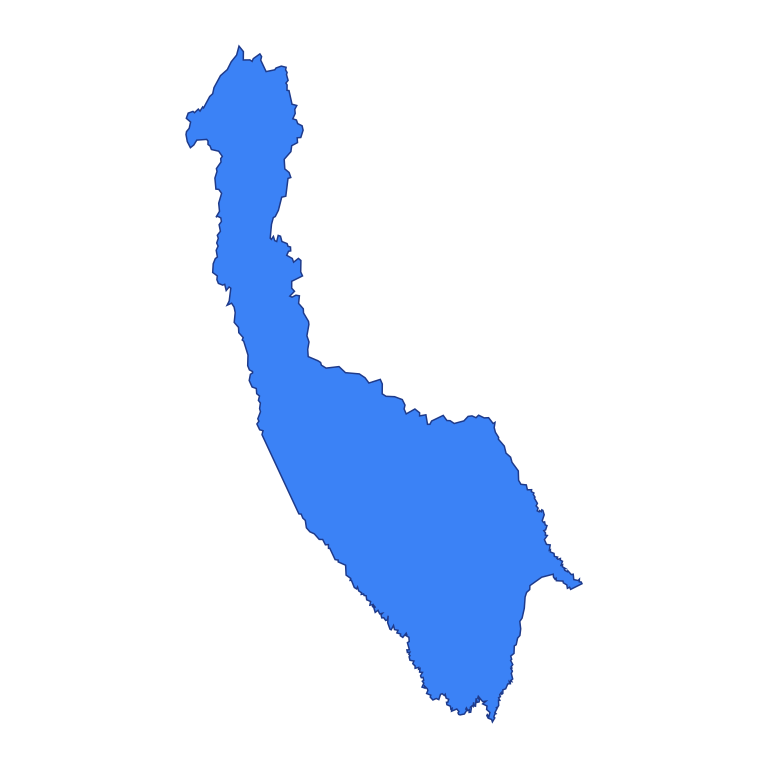 outline of San Vicente Del Caguán, Caquetá, Colombia
{"feature_id": "7082276B18611822799653", "entity_name": "San Vicente Del Caguán", "entity_type": "district", "adm_level": 2, "iso_a3": "COL", "parent_name": "Colombia", "parent_adm1": "Caquetá", "projection": "equal_earth", "projection_center": [-74.217, 1.75], "detail": "fine", "context": "isolated", "style": "filled", "palette": "blue", "viewbox_px": 768, "rotation_deg": 0, "n_neighbors": 0, "source": "geoboundaries", "source_scale": "gbopen_adm2", "svg_char_len": 6091}
<svg xmlns="http://www.w3.org/2000/svg" viewBox="0 0 768 768"><path d="M188.2,113.1L186.3,118.3L190.6,122.0L189.2,128.3L186.5,131.6L186.0,134.6L187.3,141.6L190.4,147.7L193.8,145.0L196.8,140.1L206.7,139.4L208.0,141.0L208.0,144.5L210.0,145.9L211.4,149.5L218.7,151.2L222.3,156.4L220.7,158.6L221.0,162.0L216.4,168.6L217.0,171.4L214.9,178.1L215.9,189.1L218.8,189.4L221.6,193.3L218.7,203.2L219.5,211.3L216.0,217.2L217.5,216.2L220.8,217.9L221.4,221.5L219.1,224.7L220.4,231.3L217.3,235.3L218.3,238.3L216.7,243.0L218.1,246.1L216.2,250.3L217.4,257.0L215.3,258.6L213.2,263.8L212.7,272.5L217.3,275.9L216.9,279.7L218.4,283.4L222.7,285.1L224.7,284.3L226.2,290.5L229.1,287.0L230.8,288.2L229.2,301.0L227.1,305.2L231.6,303.2L234.1,307.1L235.2,312.6L234.2,322.4L238.5,327.4L238.8,332.7L243.2,337.6L242.2,340.0L243.7,341.2L248.0,355.1L247.7,365.7L249.4,369.9L252.5,371.5L252.6,372.9L250.4,374.3L249.2,380.5L252.1,387.0L256.3,388.5L256.7,393.7L259.5,396.0L258.4,400.4L260.4,403.0L259.6,408.6L260.5,411.7L257.8,418.8L258.9,421.2L256.9,424.0L259.7,429.8L263.0,430.7L262.0,434.7L298.9,513.9L301.2,514.1L302.8,518.1L305.3,520.4L306.4,527.8L309.9,531.8L314.3,533.8L319.2,539.4L322.7,539.5L325.4,544.8L328.4,544.6L328.5,548.3L329.8,548.3L335.1,559.6L338.2,560.1L338.2,561.9L345.6,565.2L346.1,575.1L350.7,578.4L350.1,580.4L351.4,580.3L354.3,587.5L356.6,588.9L357.5,587.0L358.7,590.9L361.6,592.8L361.2,594.4L363.6,594.0L364.1,595.5L366.1,595.7L366.7,599.8L370.6,601.5L369.9,605.2L373.0,604.6L372.5,606.6L373.8,607.4L373.7,605.4L375.1,607.1L373.9,608.0L375.2,612.4L378.0,610.3L379.7,613.9L382.4,613.3L381.0,614.8L381.8,617.9L383.7,617.7L385.7,620.5L387.5,619.8L388.2,615.7L387.7,622.8L390.0,629.2L391.2,629.8L393.5,625.5L394.5,629.6L398.0,630.3L396.9,632.9L400.6,634.0L400.3,635.7L402.8,637.4L406.2,633.2L406.8,634.8L405.8,635.5L408.9,637.3L409.2,641.5L407.4,642.7L409.4,649.8L406.9,649.9L407.4,652.5L409.9,652.2L408.8,654.2L410.0,655.7L409.1,656.8L410.0,660.3L413.9,661.0L412.8,663.7L415.1,666.0L415.1,668.3L418.7,667.4L418.6,669.2L420.0,668.5L419.6,672.1L422.5,672.4L420.5,675.8L421.3,677.7L423.1,677.4L423.7,680.3L422.3,681.2L423.8,683.1L422.0,687.1L424.9,688.1L424.6,686.1L427.3,688.8L427.9,690.4L426.6,693.5L430.8,695.2L430.2,697.1L432.9,700.0L436.2,698.5L438.8,699.6L440.5,694.4L442.2,693.7L444.3,695.5L445.2,694.3L446.1,698.1L448.7,699.3L447.8,702.2L446.5,702.3L446.9,704.7L450.4,706.2L450.9,709.3L452.1,708.5L451.6,711.2L456.8,709.0L458.9,711.5L458.0,712.9L458.7,714.4L460.1,714.9L464.4,714.0L467.0,709.9L465.8,709.1L466.4,707.9L467.9,710.6L469.3,709.6L469.1,712.4L470.7,712.2L471.4,707.8L470.5,707.2L472.2,705.7L473.1,706.5L473.6,702.3L474.2,705.9L475.5,706.2L476.1,698.3L477.1,702.4L479.1,701.9L479.6,699.5L477.7,698.2L478.3,696.3L482.7,701.6L485.9,701.2L482.7,703.9L487.0,706.0L486.6,709.5L489.9,712.4L488.9,716.5L487.3,714.6L486.8,715.6L488.2,718.2L491.6,719.5L492.4,721.9L494.8,717.9L493.8,717.0L494.8,714.1L496.0,713.7L494.9,712.6L497.0,708.6L495.9,707.2L497.2,707.9L498.7,705.5L498.5,700.3L499.8,700.3L498.6,697.7L500.4,696.7L499.7,694.7L501.1,692.8L501.1,694.3L501.7,692.5L501.9,694.1L502.8,693.5L502.9,689.8L505.7,688.8L507.7,684.0L509.6,683.7L509.3,681.9L510.4,683.1L510.5,680.8L511.6,681.3L511.1,680.3L512.7,679.0L511.3,673.4L512.4,671.1L510.8,668.3L511.9,668.0L511.2,666.7L512.8,664.6L510.6,660.4L511.7,659.3L510.7,656.1L514.0,653.4L514.3,645.9L516.2,644.7L517.6,638.1L519.9,635.5L520.7,628.8L519.8,621.4L522.1,618.1L524.3,608.3L525.1,597.0L526.6,592.4L529.7,589.6L529.9,585.6L541.7,577.2L553.2,574.2L553.5,577.1L555.0,579.2L556.0,578.3L556.3,580.7L563.0,581.1L563.3,582.8L566.8,584.9L567.4,588.3L569.6,587.2L570.6,589.4L582.0,583.7L581.2,582.0L579.3,581.8L579.4,579.2L578.2,580.5L573.8,579.6L573.2,574.2L571.3,574.6L567.8,570.7L567.4,571.7L564.7,570.3L564.2,568.7L565.5,568.6L562.3,566.7L562.6,564.7L561.1,565.2L562.5,561.3L560.3,560.1L560.4,558.5L557.9,559.3L556.9,558.3L557.6,557.1L554.4,556.4L554.0,553.4L550.3,551.9L550.4,549.7L549.3,550.2L550.2,544.9L546.5,544.4L544.4,539.6L547.3,535.5L545.3,535.1L545.5,532.9L543.8,530.6L545.6,529.9L547.0,525.6L545.2,524.9L544.6,521.9L543.5,522.5L542.2,520.7L544.2,514.8L542.9,510.4L541.8,509.8L541.2,511.7L539.6,510.6L539.1,511.8L537.2,510.8L538.1,508.1L536.1,505.9L537.4,503.4L534.3,498.0L535.0,497.1L533.3,494.6L533.9,493.0L531.3,491.6L531.6,489.7L527.4,489.8L526.3,484.9L520.9,484.3L518.6,480.3L518.3,470.9L512.0,462.3L510.6,457.2L506.0,453.1L504.3,446.1L498.4,439.2L498.6,437.4L495.4,432.3L494.2,427.6L495.0,422.4L493.1,423.5L488.6,417.7L484.2,417.9L478.6,415.2L476.0,417.7L472.0,415.9L468.1,416.4L463.9,420.9L454.2,423.5L450.1,420.7L446.9,420.5L443.2,415.4L431.6,421.0L429.9,424.3L427.5,424.3L425.9,414.8L419.6,415.9L419.6,412.8L414.9,409.0L406.2,413.9L404.1,409.0L405.0,405.1L402.3,399.6L394.6,396.7L386.0,396.3L382.2,393.8L382.3,384.0L380.3,379.4L368.9,383.0L365.1,377.8L359.3,373.9L345.5,372.7L339.0,366.6L326.1,368.1L321.4,365.2L320.6,362.5L318.2,360.9L308.2,356.6L307.7,349.5L309.0,342.0L306.9,335.8L308.9,324.4L308.5,321.4L303.5,312.9L303.3,308.8L298.6,303.4L299.4,295.8L295.9,295.2L292.0,297.2L289.8,296.1L294.5,291.3L291.7,288.2L291.7,281.3L302.5,275.9L300.7,271.9L300.9,260.5L298.4,258.4L293.6,262.2L292.3,258.5L286.7,255.3L288.5,251.3L290.7,250.9L290.5,247.0L288.0,246.3L287.1,243.6L281.9,241.5L280.5,236.2L278.2,235.4L276.7,241.5L274.7,240.6L273.4,236.4L271.3,239.4L270.2,238.2L271.5,224.3L273.3,217.6L275.3,216.5L278.4,210.3L281.7,197.2L285.8,196.2L288.0,178.4L290.8,177.5L289.1,172.5L284.8,168.9L284.2,159.3L290.9,151.6L291.7,145.7L297.5,142.6L297.2,137.8L300.8,137.5L303.1,130.2L302.1,125.8L297.7,123.6L296.4,120.0L292.8,118.8L295.2,113.5L294.8,109.3L296.8,105.5L292.0,104.2L289.0,90.6L287.0,90.3L287.1,84.9L285.9,83.1L288.1,80.4L286.5,74.6L287.1,72.4L285.6,70.0L286.1,67.3L281.3,66.1L276.0,68.0L274.8,69.8L266.1,71.6L260.7,60.1L261.6,56.6L259.9,53.9L253.3,58.6L252.1,61.4L249.9,59.9L243.3,60.0L243.4,51.6L239.0,46.1L236.6,55.1L231.2,61.8L227.3,69.6L220.5,75.6L214.0,87.6L212.7,93.7L209.7,96.5L203.6,107.9L202.7,106.9L200.0,111.1L198.3,109.1L194.5,112.7L193.0,111.4L188.2,113.1Z" fill="#3b82f6" stroke="#1e3a8a" stroke-width="1.5"/></svg>